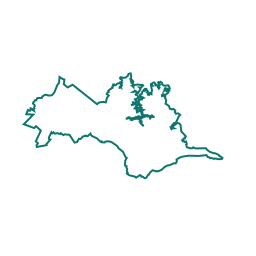 Howick Local Board Area, Auckland, New Zealand (orthographic projection), rotated 115°
{"feature_id": "76426892B48866186202191", "entity_name": "Howick Local Board Area", "entity_type": "district", "adm_level": 2, "iso_a3": "NZL", "parent_name": "New Zealand", "parent_adm1": "Auckland", "projection": "orthographic", "projection_center": [174.896, -36.924], "detail": "fine", "context": "isolated", "style": "outline", "palette": "teal", "viewbox_px": 256, "rotation_deg": 115, "n_neighbors": 0, "source": "geoboundaries", "source_scale": "gbopen_adm2", "svg_char_len": 5837}
<svg xmlns="http://www.w3.org/2000/svg" viewBox="0 0 256 256"><g transform="rotate(115 128 128)"><path d="M147.7,137.2L148.9,130.1L150.2,128.4L151.7,122.5L155.6,117.6L155.7,116.5L158.6,116.7L162.9,115.1L163.5,114.4L163.2,113.2L164.3,112.9L165.6,111.4L166.8,111.3L169.2,109.0L169.7,110.6L170.3,106.9L169.1,101.1L169.6,99.7L165.7,97.3L165.7,96.0L166.5,95.3L165.9,93.9L166.5,91.7L165.4,90.4L161.7,90.0L161.3,89.3L159.3,89.3L155.9,87.9L155.4,83.9L154.8,83.6L154.4,82.2L151.4,79.7L147.9,78.4L145.4,76.5L144.2,74.7L140.6,71.5L139.9,69.8L137.6,69.6L136.0,70.7L132.7,68.5L130.2,65.5L127.2,60.8L123.6,52.4L119.4,45.4L120.6,43.6L120.2,41.7L120.7,41.0L119.8,39.4L119.7,37.1L119.0,36.4L118.3,34.7L118.5,33.9L116.9,30.5L116.1,29.7L115.1,29.9L115.3,30.7L114.6,32.1L114.9,33.2L114.1,34.3L114.0,38.0L114.7,40.0L115.0,44.2L114.3,47.3L113.4,48.8L117.9,58.0L118.0,60.8L119.1,61.1L120.1,63.0L120.5,66.6L118.6,68.2L117.7,67.9L115.7,69.7L116.7,70.6L116.2,72.0L116.9,72.5L116.2,73.8L113.6,72.7L113.6,71.2L113.5,72.8L111.1,72.0L108.6,78.2L102.9,81.8L102.2,83.5L102.8,85.8L105.0,86.5L107.2,88.1L108.7,87.5L108.8,86.1L109.8,87.7L110.7,88.1L109.2,89.8L108.3,88.7L107.5,88.8L107.2,90.0L107.0,89.1L105.0,88.2L104.2,89.3L104.4,87.7L101.6,86.8L96.0,86.9L94.1,86.2L93.5,88.5L94.8,90.7L93.7,92.4L92.3,92.4L91.5,94.7L92.6,96.0L92.3,96.5L92.9,98.1L90.7,100.3L90.1,104.2L86.9,105.0L84.9,107.0L83.7,107.6L84.0,110.0L84.7,110.6L83.9,111.1L83.4,110.2L82.4,110.5L83.0,109.6L82.6,109.0L83.6,108.3L82.3,108.2L78.8,106.4L76.6,106.8L76.3,107.9L76.3,108.4L76.6,107.3L77.4,109.0L78.2,108.7L78.1,110.2L78.9,110.9L77.2,111.2L76.8,109.8L76.5,111.1L76.1,111.1L75.5,106.8L74.3,106.9L72.3,109.4L74.3,113.0L74.4,114.0L73.8,115.7L72.8,116.2L72.4,118.0L73.3,118.4L73.4,119.7L74.0,120.0L75.4,118.0L75.3,117.4L77.3,117.3L78.2,116.4L79.3,116.7L78.1,118.3L78.6,119.1L77.5,118.4L76.9,118.7L76.8,120.8L77.6,121.2L75.7,123.0L76.0,124.1L78.4,125.7L79.0,125.5L78.5,124.8L79.1,124.4L79.0,123.8L79.2,123.4L80.3,124.7L84.0,122.0L86.0,121.8L86.7,122.5L87.4,121.4L87.2,120.2L87.5,120.6L87.6,123.0L88.2,123.3L88.6,122.0L88.7,123.0L89.1,122.8L89.8,122.9L89.2,123.1L89.4,124.1L88.3,124.4L87.8,125.6L87.1,124.7L86.4,125.4L85.6,127.3L84.8,127.9L85.4,129.3L86.6,129.7L87.0,128.4L88.8,130.4L91.3,130.0L92.7,131.3L94.1,130.4L93.8,129.1L94.7,128.0L94.0,128.0L94.1,126.6L95.4,127.7L96.2,127.4L96.5,128.1L95.4,128.8L96.0,129.7L97.2,130.1L97.3,129.4L98.0,129.3L99.2,130.1L99.5,129.4L101.1,130.3L102.1,129.2L103.2,129.3L101.1,128.2L101.3,127.7L101.6,128.4L102.7,128.0L102.5,126.8L101.7,126.1L101.8,125.7L103.3,126.6L104.0,125.5L103.9,124.1L106.0,123.5L105.8,122.4L105.2,122.0L105.1,121.6L106.5,122.5L109.5,120.5L109.6,119.0L108.2,115.8L108.7,115.6L108.0,113.1L107.1,111.7L105.6,111.5L107.5,111.2L106.6,108.7L107.9,110.7L107.6,111.8L108.1,113.1L108.9,112.4L110.8,111.4L108.5,113.4L108.6,114.6L109.4,115.2L109.0,116.4L109.9,118.4L110.5,118.3L110.4,118.0L110.5,117.4L113.8,120.5L113.4,122.9L114.5,122.3L114.9,120.3L116.4,118.3L118.0,118.3L119.1,115.7L119.4,115.4L119.5,115.5L118.3,118.6L117.2,118.6L117.1,119.9L117.7,121.0L117.0,120.1L116.8,119.1L115.1,120.7L115.3,122.9L116.4,123.4L115.3,123.1L114.9,124.2L116.3,124.6L117.3,126.3L117.2,127.5L118.6,127.2L119.4,128.2L119.4,129.2L118.0,130.1L117.8,131.5L118.4,132.2L119.0,131.8L120.0,132.8L119.9,133.3L120.1,133.5L120.0,134.0L119.9,133.2L120.0,132.8L119.2,131.9L118.3,132.3L117.7,131.5L117.8,130.1L119.2,128.9L119.1,128.3L117.2,128.2L116.7,126.4L115.6,127.4L116.2,126.4L116.0,124.9L114.6,125.3L114.3,123.5L112.9,124.5L113.7,123.7L112.7,123.0L112.6,120.8L110.3,120.1L109.5,121.7L107.6,122.8L107.9,124.9L106.8,124.6L105.8,125.6L105.5,127.4L106.4,128.2L106.8,127.3L107.9,127.1L107.7,126.2L108.4,127.0L109.6,126.0L110.0,126.5L106.8,128.6L107.4,130.2L106.3,130.0L106.0,129.3L105.4,129.7L105.1,128.8L103.2,129.5L103.8,129.7L103.2,130.8L103.5,131.8L106.1,134.8L103.5,133.2L102.1,135.2L103.1,132.6L101.0,131.9L99.4,132.4L99.5,133.3L98.4,134.7L99.2,133.4L99.0,132.7L95.4,131.7L94.0,134.3L95.1,135.7L93.2,134.6L92.0,135.1L91.7,137.3L93.0,138.2L93.2,138.7L91.2,137.3L91.9,133.7L87.8,133.1L87.0,133.6L86.5,134.9L85.8,133.2L83.1,132.3L82.8,133.2L83.7,134.6L84.3,137.2L86.1,140.0L86.3,141.5L88.5,140.4L88.2,141.0L89.1,141.4L87.8,141.4L87.8,142.3L86.9,141.8L85.5,142.5L86.1,142.7L84.0,142.7L83.5,143.3L84.4,143.8L86.5,143.9L85.4,144.0L85.0,144.7L85.3,145.1L84.3,144.6L84.5,144.6L85.0,144.2L83.1,144.7L83.6,145.5L82.5,146.6L82.0,146.1L79.7,147.0L77.4,148.7L78.7,150.4L80.6,150.2L83.1,151.3L84.4,153.1L85.1,156.2L86.0,156.4L86.8,155.5L86.6,154.6L87.1,153.6L88.9,153.3L89.8,154.3L90.7,153.7L90.1,152.5L91.3,152.5L91.9,151.5L93.4,151.9L94.0,151.5L93.7,152.2L96.0,152.7L93.6,152.7L92.8,151.9L91.2,153.2L90.7,154.6L92.4,156.5L94.2,157.1L95.1,158.4L94.4,159.0L94.8,159.8L97.8,159.1L97.7,159.6L98.9,159.6L102.1,161.5L103.1,161.5L103.5,160.7L104.7,161.5L106.2,161.6L106.7,159.2L109.5,159.8L114.1,158.9L114.9,161.7L117.1,165.0L119.5,166.1L112.2,196.5L116.7,199.8L115.5,204.6L110.9,206.2L111.2,208.0L110.7,211.6L116.2,209.6L118.9,210.2L126.9,209.8L130.3,210.7L131.9,213.0L132.8,217.1L135.5,218.9L137.1,218.8L139.1,222.8L141.7,222.9L141.8,223.8L144.9,224.7L146.0,224.4L146.5,222.6L147.6,221.7L148.8,221.9L149.7,221.1L151.7,221.3L152.1,220.8L152.0,222.3L151.2,222.9L151.3,224.6L153.6,224.0L154.1,224.9L154.0,226.3L158.5,226.0L155.9,219.5L168.6,224.0L167.7,213.0L165.2,212.1L167.2,205.9L179.0,205.9L179.9,203.2L182.3,203.6L183.7,202.6L177.9,194.5L177.1,195.1L171.3,193.5L171.4,194.9L170.1,195.7L164.2,195.6L164.8,194.3L163.4,193.7L164.0,191.9L162.6,189.9L162.1,186.9L161.1,186.7L161.8,183.6L160.5,182.7L158.9,178.1L163.8,170.3L162.2,168.2L158.5,167.9L157.7,166.2L154.8,165.3L152.7,163.0L152.9,162.3L152.5,161.2L149.0,159.7L149.7,159.2L150.5,157.3L150.5,151.7L152.1,147.2L151.2,146.3L152.0,145.6L151.0,143.1L149.9,142.8L148.3,140.1L147.7,137.2Z" fill="none" stroke="#0f766e" stroke-width="2"/></g></svg>